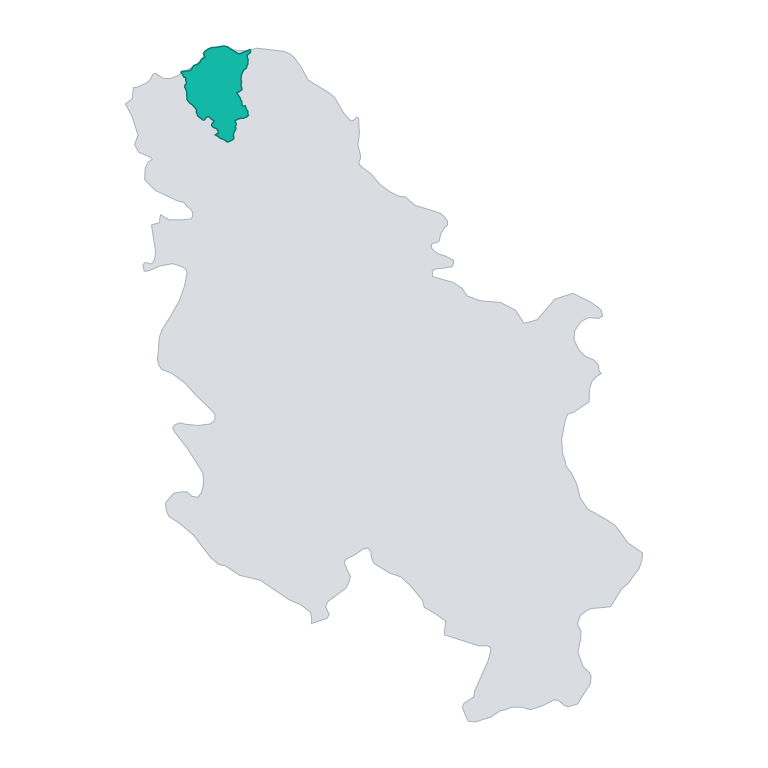 where Severno-Backi sits in Republic of Serbia
{"feature_id": "SRB-274", "entity_name": "Severno-Backi", "entity_type": "District", "adm_level": 1, "iso_a3": "SRB", "parent_name": "Republic of Serbia", "parent_adm1": "", "projection": "albers", "projection_center": [19.626, 45.896], "detail": "fine", "context": "in_parent", "style": "filled", "palette": "teal", "viewbox_px": 768, "rotation_deg": 0, "n_neighbors": 0, "source": "natural_earth", "source_scale": "10m", "svg_char_len": 7231}
<svg xmlns="http://www.w3.org/2000/svg" viewBox="0 0 768 768"><path d="M432.7,276.6L452.8,282.4L462.0,288.2L467.0,295.8L479.9,300.7L500.8,302.6L515.5,310.2L524.0,323.4L537.2,319.7L554.9,299.2L572.8,293.3L590.9,302.2L600.9,309.7L602.8,315.8L598.7,318.4L588.8,317.6L580.8,321.7L574.7,330.7L574.1,340.1L578.9,349.9L585.5,356.5L593.8,359.9L598.4,365.0L599.2,371.5L601.4,373.3L596.8,376.5L592.0,381.2L589.4,389.1L589.1,401.8L573.5,412.3L567.6,414.3L565.1,421.0L561.6,439.6L562.6,453.6L565.0,460.6L566.2,466.3L571.6,473.3L576.7,484.0L580.4,498.3L587.7,509.1L606.0,519.4L615.1,525.4L622.0,534.4L627.4,542.5L642.6,553.0L641.8,561.0L638.9,568.9L635.7,572.7L628.7,582.9L621.7,588.8L610.5,606.8L591.8,608.5L587.4,610.1L580.5,615.1L577.3,624.0L580.9,630.9L580.8,638.1L577.9,652.1L583.0,666.7L589.9,673.2L591.1,677.1L590.2,684.1L580.7,698.6L577.9,703.9L568.0,706.8L564.6,705.6L559.2,700.9L554.4,699.6L542.7,705.7L530.7,709.6L521.1,707.2L511.7,707.2L505.2,709.7L500.3,710.7L490.8,717.1L475.4,721.9L468.3,721.2L465.5,715.5L462.4,707.4L463.7,703.6L473.7,696.9L474.8,690.7L488.2,660.6L490.7,650.9L490.7,647.7L487.0,645.7L479.2,646.0L444.3,634.8L445.6,620.9L435.3,613.7L424.3,607.3L422.3,599.9L409.9,585.1L400.9,576.9L389.5,572.9L379.7,566.9L373.8,563.2L371.1,556.3L371.1,552.1L368.1,548.2L363.4,548.7L355.6,554.4L345.9,559.3L344.2,562.8L347.8,571.0L350.4,576.3L349.3,581.3L346.3,587.7L327.6,601.9L325.6,606.8L329.3,614.6L327.0,618.3L311.3,623.6L311.7,619.3L310.6,612.4L301.5,605.2L288.7,599.5L260.3,580.2L249.4,577.6L239.7,575.4L225.8,566.0L218.7,564.4L210.7,557.7L193.5,535.1L178.9,522.8L169.0,516.5L166.2,510.5L165.6,504.2L166.0,502.1L173.6,493.4L179.4,492.1L186.8,491.8L191.7,496.3L198.2,497.3L201.8,491.6L203.7,483.3L202.9,472.9L187.4,448.4L174.2,431.4L172.7,427.6L175.6,424.4L180.2,422.8L185.2,424.2L198.1,425.5L210.6,423.9L214.9,419.8L214.9,414.2L210.3,409.0L195.8,395.0L184.5,382.6L171.3,373.1L161.5,369.3L158.6,364.4L157.4,359.3L158.5,349.9L159.2,337.9L161.6,330.4L170.5,316.3L179.1,301.2L184.3,286.8L187.1,273.3L186.1,269.4L181.8,266.6L172.5,263.6L159.6,266.1L148.6,270.9L144.3,271.2L142.9,265.2L144.7,262.6L148.1,262.9L150.9,264.1L153.9,261.4L155.8,253.2L151.5,225.0L159.6,222.5L159.8,218.4L160.6,214.8L168.9,219.8L180.8,219.9L191.1,219.0L192.7,216.2L192.6,212.2L190.5,209.0L186.8,206.5L184.1,202.5L177.2,200.8L155.4,190.5L144.7,179.6L145.2,168.1L148.3,161.9L152.1,159.7L151.0,157.6L138.8,152.2L134.5,144.7L138.1,135.3L131.9,116.0L125.4,104.0L132.0,99.0L132.9,91.7L133.5,87.5L136.2,87.6L146.8,82.8L150.7,78.9L152.9,74.2L155.5,73.1L162.5,78.2L170.0,78.7L178.4,75.5L184.6,71.1L192.2,67.5L195.6,65.0L199.9,61.0L208.7,49.3L218.6,46.9L231.9,49.9L246.3,50.9L257.0,48.2L284.2,51.4L290.1,54.1L293.9,57.1L301.1,67.0L308.1,80.0L317.7,85.9L329.1,92.9L335.0,98.0L343.9,113.5L350.8,121.0L353.0,120.6L355.3,118.6L356.8,117.0L358.7,118.4L358.8,123.1L359.4,133.5L357.9,144.7L360.5,155.2L360.6,158.5L359.0,161.5L359.2,164.2L361.7,167.0L371.1,173.9L379.9,184.5L390.0,191.9L399.3,196.5L405.1,196.8L414.9,205.3L433.9,211.1L440.0,213.2L444.2,216.6L447.3,220.7L447.6,225.1L444.7,227.4L440.8,233.4L439.3,240.8L436.3,242.7L433.3,242.9L431.1,245.1L431.7,248.2L434.3,251.2L438.3,253.8L445.9,256.3L453.5,260.2L453.5,263.3L452.0,266.8L442.5,268.3L435.5,269.0L432.3,270.5L432.7,276.6Z" fill="#d9dde1" stroke="#a8b0b8" stroke-width="1"/><path d="M230.4,48.7L237.7,53.4L239.8,53.8L249.8,49.6L249.9,49.8L250.1,50.0L250.4,50.5L250.5,50.8L250.6,51.1L250.5,51.5L250.3,52.4L249.9,52.9L249.2,53.5L248.1,54.4L247.8,54.7L247.5,55.0L247.2,55.4L247.1,55.8L247.1,56.2L247.2,56.6L247.5,58.3L247.7,58.7L248.1,59.7L248.1,60.1L248.1,60.4L247.9,61.2L247.9,61.5L247.9,62.8L247.9,63.8L247.7,64.2L247.0,65.7L246.8,66.2L246.7,67.2L246.5,67.6L246.3,68.1L246.0,68.4L245.7,68.6L244.6,69.2L244.3,69.5L244.0,69.9L243.5,70.5L243.2,71.1L242.9,71.8L242.7,72.2L242.0,73.1L241.9,73.3L241.8,74.4L241.3,75.4L241.3,75.7L241.3,76.6L241.3,77.0L240.9,77.9L240.9,78.3L241.2,80.3L241.4,81.4L241.5,82.2L241.5,82.6L241.4,83.0L241.0,84.5L241.0,85.0L241.1,86.2L241.3,86.7L241.5,87.2L241.8,88.4L241.9,89.0L242.0,89.4L241.9,89.7L241.8,89.9L241.7,90.0L241.4,90.2L240.7,90.4L240.4,90.7L239.7,91.3L239.2,91.6L238.4,92.1L237.7,92.5L236.8,93.0L239.3,96.7L240.1,98.0L240.3,98.4L240.6,99.5L240.7,99.9L240.9,100.3L241.7,101.4L241.9,101.8L241.9,102.1L241.8,103.4L241.9,104.2L241.9,104.6L242.0,104.9L242.2,105.4L242.4,105.6L242.7,105.9L242.9,106.0L243.2,106.0L243.9,106.0L245.2,105.8L246.5,109.3L247.0,110.1L247.7,111.0L247.8,111.2L247.9,111.5L247.9,111.9L247.8,112.8L247.8,113.2L247.9,113.7L248.3,114.8L248.4,115.4L248.2,115.6L247.8,115.9L246.7,117.0L246.3,117.2L244.9,117.6L243.9,118.1L243.5,118.2L242.6,118.2L240.8,118.3L240.4,118.3L239.9,118.4L239.0,118.9L237.8,119.2L237.2,119.4L235.0,120.8L235.6,122.3L236.1,123.3L236.2,123.8L236.2,124.4L236.1,124.9L235.7,125.8L235.3,126.5L235.2,126.8L235.2,127.1L235.3,127.4L235.6,127.6L235.9,128.0L235.8,129.1L235.6,129.5L235.5,130.0L234.8,131.0L234.3,131.7L233.9,132.6L233.5,133.9L233.5,134.4L233.4,134.8L233.5,135.8L233.6,136.8L233.7,137.3L233.8,137.7L233.8,138.1L233.8,138.5L233.7,138.7L233.5,139.0L233.3,139.2L232.9,139.5L232.1,140.0L231.2,140.4L230.9,140.6L230.2,141.1L229.9,141.2L229.6,141.4L228.9,141.6L227.1,142.0L226.2,141.2L224.4,139.9L224.0,139.7L223.5,139.4L223.1,139.3L222.2,139.0L221.1,138.6L220.6,138.4L220.1,138.1L219.7,137.8L218.6,136.8L218.0,136.4L217.0,135.8L215.3,134.9L216.9,133.8L218.0,133.2L218.3,132.9L218.4,132.5L218.4,132.1L218.4,131.7L218.3,131.4L217.6,130.4L217.2,129.5L216.9,129.0L216.4,128.6L215.9,128.4L214.5,127.9L213.8,127.6L212.5,126.6L212.2,126.3L212.0,125.9L211.8,125.6L211.6,125.0L211.6,124.7L211.6,124.4L211.8,124.0L212.1,123.6L212.4,123.2L213.8,121.7L214.3,121.0L213.8,120.6L213.0,120.1L211.9,119.6L211.4,119.3L210.0,117.8L209.3,117.2L209.0,117.0L208.7,116.8L208.4,116.7L208.0,116.7L207.6,116.7L207.3,116.8L207.1,116.9L206.7,117.2L206.4,117.5L205.9,118.0L205.2,119.0L205.0,119.3L204.4,119.8L204.1,120.0L203.8,120.1L203.5,120.1L203.3,120.1L202.8,119.8L202.6,119.7L201.9,119.1L200.7,118.3L199.7,117.5L198.0,116.2L197.7,116.0L197.5,115.6L197.5,115.3L197.5,114.4L197.4,114.1L197.2,113.8L197.0,113.5L196.4,112.7L196.2,112.2L196.2,111.9L196.7,110.7L196.7,110.3L196.5,109.9L196.2,109.5L195.5,108.5L195.2,108.1L195.2,107.9L194.0,106.7L193.6,106.3L192.8,105.3L192.3,104.7L191.7,104.3L190.3,103.5L189.8,103.1L188.8,101.9L188.0,100.8L187.5,100.1L187.2,99.7L187.0,99.3L186.9,99.0L186.9,98.6L187.1,97.7L187.0,97.3L187.0,96.9L186.8,96.2L186.7,95.8L186.8,94.5L186.7,92.8L186.7,91.8L186.5,91.1L186.0,90.0L185.7,88.8L185.0,87.7L184.8,87.4L184.7,87.0L184.7,86.6L184.7,86.2L184.7,85.8L184.9,85.3L185.2,84.8L185.5,84.5L185.9,84.1L186.2,83.8L186.4,83.5L186.5,83.3L186.5,83.1L186.5,82.8L186.5,82.7L185.7,80.3L185.6,79.9L185.6,79.5L185.9,78.3L185.9,78.1L185.9,77.9L185.7,77.7L185.3,77.5L184.4,77.4L184.2,77.3L183.9,77.1L183.1,75.7L182.9,75.3L182.6,74.3L182.4,74.0L182.2,73.7L181.4,73.0L181.1,72.6L180.8,72.2L181.8,71.4L184.0,71.0L188.5,71.0L190.5,70.3L191.7,68.9L192.6,67.2L193.6,65.7L195.1,65.0L196.4,64.8L197.4,64.4L199.5,62.7L200.3,61.5L200.9,60.2L201.8,59.1L204.9,57.3L204.6,55.9L203.7,54.3L203.5,52.9L205.3,51.0L208.1,49.1L211.0,47.8L213.2,47.4L215.8,47.4L222.7,46.1L225.3,46.2L227.8,47.0L230.4,48.7Z" fill="#14b8a6" stroke="#0f766e" stroke-width="1.5"/></svg>